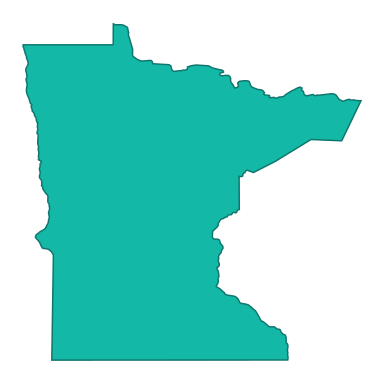 the State of Minnesota
{"feature_id": "USA-3514", "entity_name": "Minnesota", "entity_type": "State", "adm_level": 1, "iso_a3": "USA", "parent_name": "United States of America", "parent_adm1": "", "projection": "equal_earth", "projection_center": [-93.694, 46.435], "detail": "fine", "context": "isolated", "style": "filled", "palette": "teal", "viewbox_px": 384, "rotation_deg": 0, "n_neighbors": 0, "source": "natural_earth", "source_scale": "10m", "svg_char_len": 5735}
<svg xmlns="http://www.w3.org/2000/svg" viewBox="0 0 384 384"><path d="M23.2,44.8L112.4,44.8L112.8,44.7L113.1,44.4L113.2,43.8L113.3,23.9L115.8,24.8L121.0,24.7L123.5,25.2L126.5,26.8L127.2,27.3L127.7,28.2L128.0,30.4L128.4,31.7L128.6,32.7L128.4,35.2L128.7,36.3L129.2,37.4L132.6,49.2L132.6,53.2L132.5,54.2L132.6,55.2L133.0,56.1L133.6,56.8L137.7,59.7L140.9,60.9L142.7,61.1L150.0,60.4L150.8,60.5L151.2,60.6L151.6,60.9L152.0,61.3L152.3,61.7L152.4,62.1L152.6,63.5L153.5,63.8L169.0,64.7L170.8,65.8L171.9,69.9L173.2,71.2L174.2,71.4L180.3,70.6L181.0,70.9L182.5,70.2L185.8,70.0L187.2,69.1L187.5,68.3L187.4,67.5L187.5,66.9L189.0,66.5L190.4,65.9L196.0,65.0L208.1,65.8L209.2,66.1L212.3,67.9L219.2,69.6L222.6,70.3L223.4,71.2L223.5,72.2L222.7,72.5L220.8,72.9L219.9,73.3L219.6,74.6L220.2,75.4L221.4,75.6L222.3,75.8L226.0,75.3L228.0,75.4L229.5,76.1L230.3,77.3L230.6,78.3L230.6,80.6L230.8,81.9L231.3,82.8L232.8,84.5L234.3,87.3L234.8,87.9L235.6,87.9L236.8,87.5L237.8,86.9L238.4,86.4L238.3,85.2L237.9,84.1L237.8,82.9L238.7,81.8L239.7,81.3L244.3,80.7L248.0,80.9L249.2,81.6L249.7,82.8L250.1,84.2L250.7,85.6L251.4,86.5L252.2,87.1L253.0,87.6L257.6,89.4L261.4,89.9L262.3,90.3L263.1,90.9L264.5,92.7L263.6,94.1L264.7,94.9L267.9,95.4L268.8,95.3L269.2,95.4L269.6,95.8L269.6,96.4L269.4,97.0L269.3,97.4L269.9,97.7L273.7,97.4L274.7,97.6L275.5,98.1L276.3,98.3L279.0,97.1L282.9,96.8L284.6,95.7L286.1,94.3L291.8,90.8L293.7,90.0L294.6,89.5L298.3,87.6L300.4,87.2L301.9,88.0L302.0,88.6L301.5,89.2L301.5,89.7L301.8,90.4L302.2,90.7L302.7,90.9L303.2,91.3L303.6,92.1L303.9,93.8L304.4,94.7L306.0,95.7L308.1,95.6L312.1,94.6L313.1,94.5L313.7,94.9L314.2,95.4L315.1,95.7L315.6,95.6L316.9,95.1L317.4,95.0L317.7,95.1L317.9,95.2L318.2,95.3L331.0,93.8L333.6,93.9L335.6,94.7L336.2,95.3L338.6,98.7L339.2,99.4L339.8,99.8L342.5,101.1L343.3,101.2L347.6,99.6L348.6,99.4L349.3,99.4L350.1,99.6L351.0,100.1L351.6,100.2L353.1,99.9L354.0,100.0L356.8,100.6L361.0,100.7L341.7,140.8L311.0,139.5L275.4,161.3L253.5,172.5L247.1,170.2L246.4,170.5L245.7,171.0L245.4,171.5L245.0,172.5L244.9,172.7L244.6,172.8L243.9,173.0L243.7,173.1L243.4,173.3L243.2,173.5L243.1,173.8L243.0,174.2L242.8,175.6L242.6,176.0L242.2,176.4L241.6,176.5L240.8,176.6L240.0,176.5L239.2,176.2L239.1,176.4L239.3,209.5L238.4,209.6L237.9,210.0L237.3,210.7L236.8,211.4L236.6,212.2L236.2,212.7L235.2,212.7L234.1,212.4L233.3,212.4L232.6,212.9L231.6,214.4L231.0,214.8L229.1,214.8L228.7,214.9L227.9,215.5L227.4,216.5L227.2,216.8L226.8,216.9L225.6,217.1L223.3,218.5L222.4,218.7L221.0,219.3L219.8,220.7L218.0,223.8L218.2,225.5L217.0,227.2L213.2,230.7L212.8,231.4L212.6,232.3L212.3,236.7L213.2,238.7L215.1,239.2L217.3,239.1L219.1,239.7L219.6,240.6L220.2,242.8L220.6,243.7L221.4,244.6L222.2,245.4L222.8,246.3L223.0,247.4L222.9,248.5L221.6,250.4L221.0,252.8L220.5,253.5L219.8,254.0L219.2,254.7L218.8,255.7L218.6,256.8L218.6,259.4L218.3,260.6L218.2,261.3L218.4,261.6L219.2,263.5L219.3,264.8L219.0,266.0L218.4,266.8L217.5,267.1L216.9,267.6L217.2,268.9L218.3,271.5L218.7,274.0L218.9,276.5L218.8,276.8L218.2,277.8L218.0,278.5L218.3,280.3L218.3,281.1L218.1,282.6L216.2,286.3L217.4,287.3L220.2,289.0L223.4,292.0L224.2,292.5L224.5,293.0L224.7,293.5L224.9,293.9L226.8,295.0L233.8,296.1L235.4,296.7L237.0,297.8L238.3,299.4L239.5,301.9L239.8,302.5L240.3,303.0L240.9,303.3L246.2,304.2L248.6,305.0L255.5,310.9L257.3,313.7L260.7,320.0L261.6,321.1L263.4,321.8L268.7,326.3L269.2,326.6L269.8,326.8L274.2,326.8L274.4,326.9L277.0,328.9L277.3,329.1L277.7,329.2L279.4,329.3L279.9,329.6L280.2,329.8L280.4,330.2L280.6,331.0L281.0,331.8L282.0,333.1L282.4,333.9L284.3,334.6L284.9,334.9L285.4,335.4L285.7,336.0L285.9,336.6L286.1,338.1L286.2,339.4L286.1,341.1L286.1,341.7L286.2,342.2L286.4,342.7L286.6,343.1L287.3,343.8L287.6,344.2L287.7,344.8L287.9,345.9L287.9,347.0L287.4,350.2L287.4,350.8L287.8,352.3L287.8,353.0L287.6,354.8L287.7,355.6L288.0,357.1L288.0,357.9L288.0,358.6L287.7,360.0L51.8,360.1L53.4,254.9L53.2,254.7L51.7,252.0L51.3,251.5L50.2,250.7L49.7,250.2L48.5,249.3L46.6,248.8L43.0,248.4L42.1,247.7L41.2,246.0L39.6,242.4L38.7,241.1L36.6,238.8L35.4,237.3L35.6,236.1L36.2,234.9L36.5,234.5L38.6,233.1L39.7,232.0L40.1,231.7L43.4,229.9L44.6,229.0L45.1,228.6L45.6,227.9L47.0,225.1L47.9,223.6L48.2,222.6L48.7,219.1L48.8,218.8L49.4,217.6L48.6,213.3L48.6,212.0L49.2,210.7L49.5,209.1L49.6,208.4L49.3,206.2L49.1,205.9L49.2,205.2L49.3,204.8L49.3,204.4L48.3,202.9L48.1,202.4L47.9,201.8L47.8,200.6L48.0,196.9L47.8,195.7L47.1,194.7L45.6,193.1L43.1,189.4L42.8,188.7L42.8,188.2L42.8,187.7L42.7,187.2L42.5,186.8L41.8,186.0L41.5,185.6L41.8,184.5L41.8,183.3L41.6,181.1L41.3,180.0L39.9,178.2L39.5,177.4L39.4,176.2L40.0,174.2L40.2,172.9L40.1,171.7L39.5,169.7L39.4,168.8L39.5,168.2L39.9,167.3L40.0,166.9L40.1,166.2L40.1,164.3L40.2,163.7L40.9,162.9L41.1,162.0L41.3,161.8L41.4,161.5L41.2,161.2L40.9,160.9L40.4,160.8L40.0,160.5L39.5,160.4L39.2,160.2L39.4,160.2L39.4,159.8L39.2,159.1L38.7,158.2L38.5,157.6L38.4,156.9L38.8,153.2L38.8,152.0L38.2,149.7L38.2,149.0L38.3,148.5L38.5,148.0L38.6,147.5L38.4,146.3L37.8,143.6L37.7,142.3L38.2,135.1L38.0,134.5L37.6,134.0L37.0,133.3L37.1,132.2L37.8,129.3L37.8,128.5L37.4,127.5L37.4,126.5L37.5,125.4L37.5,124.0L37.5,123.8L37.8,123.2L37.8,122.9L37.6,122.6L36.9,122.1L36.4,120.5L36.2,118.5L35.8,117.5L35.2,116.6L34.6,115.5L34.1,113.5L33.8,112.8L32.8,111.7L32.6,111.4L32.3,111.2L32.2,111.1L32.1,110.8L32.3,110.4L32.3,110.1L31.3,107.3L31.2,106.0L31.8,104.7L30.3,103.1L29.7,101.2L29.2,99.1L27.4,95.0L26.7,92.9L26.4,90.8L26.5,88.5L27.2,84.6L27.0,83.7L26.7,82.9L26.0,79.3L26.2,78.6L26.8,77.6L27.0,77.0L27.0,76.3L26.8,75.4L26.6,73.7L25.7,70.4L26.1,68.1L27.3,66.0L28.2,63.9L27.9,61.2L27.0,59.3L26.6,58.4L26.4,56.2L25.1,53.2L24.8,51.3L24.6,50.8L24.3,50.3L24.1,49.8L23.8,48.0L23.4,47.1L23.0,46.2L23.2,44.8Z" fill="#14b8a6" stroke="#0f766e" stroke-width="1.5"/></svg>